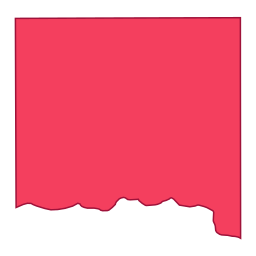 Yankton, South Dakota, United States of America (Natural Earth projection)
{"feature_id": "52423323B66952732105608", "entity_name": "Yankton", "entity_type": "district", "adm_level": 2, "iso_a3": "USA", "parent_name": "United States of America", "parent_adm1": "South Dakota", "projection": "natural_earth1", "projection_center": [-97.367, 42.985], "detail": "fine", "context": "isolated", "style": "filled", "palette": "rose", "viewbox_px": 256, "rotation_deg": 0, "n_neighbors": 0, "source": "geoboundaries", "source_scale": "gbopen_adm2", "svg_char_len": 1054}
<svg xmlns="http://www.w3.org/2000/svg" viewBox="0 0 256 256"><path d="M127.8,18.0L15.4,18.4L16.1,207.5L23.3,204.4L27.3,203.3L31.1,203.4L33.2,204.6L36.7,206.0L44.9,208.5L50.9,209.8L57.7,209.5L65.1,208.3L72.6,206.1L77.8,203.3L80.0,204.0L80.6,205.2L81.9,206.4L84.2,207.4L87.3,208.1L94.1,208.1L98.2,208.8L99.6,209.3L100.7,210.2L102.7,210.7L107.4,210.6L108.9,210.1L112.3,207.4L115.3,204.4L115.5,203.4L116.4,201.7L119.3,198.8L121.0,198.0L123.5,197.4L125.3,197.8L127.7,199.5L130.2,199.8L138.4,199.3L139.0,200.6L142.2,203.3L145.4,205.3L146.5,205.5L155.2,204.8L157.5,204.3L160.1,203.3L161.2,202.7L162.2,201.6L163.1,201.2L166.1,200.4L169.4,198.9L170.4,198.0L171.5,197.8L173.6,199.0L179.4,205.1L189.8,206.8L195.1,206.0L197.4,205.1L198.9,205.1L204.0,206.5L206.8,207.5L213.0,210.8L213.7,212.2L213.3,220.5L213.5,221.6L214.8,224.4L215.3,226.1L215.7,230.4L216.4,231.8L217.1,232.6L219.7,234.3L221.7,234.9L227.8,235.3L232.1,236.2L235.1,236.4L237.5,236.9L239.0,237.4L240.6,238.3L240.4,69.4L240.4,17.7L127.8,18.0Z" fill="#f43f5e" stroke="#9f1239" stroke-width="1.5"/></svg>